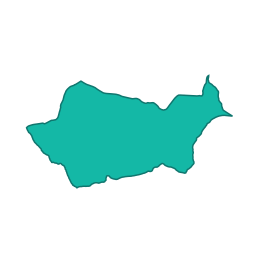 outline of Butula, Western, Kenya, rotated 194°
{"feature_id": "3690345B92166802171620", "entity_name": "Butula", "entity_type": "district", "adm_level": 2, "iso_a3": "KEN", "parent_name": "Kenya", "parent_adm1": "Western", "projection": "robinson", "projection_center": [34.286, 0.344], "detail": "fine", "context": "isolated", "style": "filled", "palette": "teal", "viewbox_px": 256, "rotation_deg": 194, "n_neighbors": 0, "source": "geoboundaries", "source_scale": "gbopen_adm2", "svg_char_len": 5762}
<svg xmlns="http://www.w3.org/2000/svg" viewBox="0 0 256 256"><g transform="rotate(194 128 128)"><path d="M167.6,59.1L167.0,59.0L166.4,58.9L165.9,58.5L165.3,58.5L164.4,58.3L163.7,58.0L163.1,57.6L162.5,58.1L162.1,58.6L161.4,59.1L159.9,59.7L159.0,59.9L157.7,60.5L156.7,60.8L154.5,61.3L153.9,61.5L153.3,61.7L151.8,62.1L151.0,62.6L150.4,63.2L150.2,63.8L149.9,64.4L147.5,66.4L146.8,66.8L146.0,67.1L145.2,67.3L144.3,67.4L143.3,67.4L142.7,67.6L141.9,68.1L141.1,68.7L140.4,69.1L139.8,69.3L139.1,69.4L138.3,69.7L137.6,70.3L137.4,71.1L136.8,71.8L136.9,72.7L137.2,73.5L137.2,74.5L137.1,75.4L137.1,76.1L136.6,76.6L136.0,76.8L135.4,76.9L134.6,76.8L133.8,76.2L133.1,75.6L132.2,75.4L131.2,75.2L129.4,75.1L128.5,75.2L127.7,75.2L126.9,75.3L126.0,75.7L125.4,76.1L124.9,76.6L124.3,77.1L123.5,77.7L122.7,78.3L122.0,78.7L121.3,79.1L120.4,79.4L119.2,80.0L118.5,80.3L117.6,80.6L116.6,81.0L115.3,81.4L113.7,81.9L112.9,82.2L111.7,82.8L110.8,83.1L108.6,84.2L107.1,84.9L106.2,85.3L103.4,86.9L102.4,87.6L101.0,88.3L99.6,89.4L98.5,90.5L97.9,91.0L97.2,91.1L96.3,91.1L95.5,91.3L94.9,91.7L94.3,92.3L94.1,92.9L93.9,94.4L93.6,95.2L93.2,95.7L92.6,96.3L91.6,96.8L90.7,97.0L90.0,97.3L89.6,97.8L89.0,98.4L88.5,99.4L87.9,100.2L87.1,101.1L86.4,101.8L85.7,101.9L85.0,101.8L84.4,101.6L83.8,101.2L82.9,100.7L82.2,100.6L80.6,100.3L79.8,100.2L78.9,100.2L78.1,100.3L77.2,100.5L76.1,100.5L75.2,100.3L74.2,100.2L73.2,100.0L72.5,99.8L72.0,99.6L71.4,99.1L70.8,98.7L69.3,98.3L68.7,97.9L68.1,97.7L66.5,97.7L65.5,97.8L64.4,97.9L63.4,97.9L62.1,97.9L61.1,98.4L60.9,99.5L60.6,100.2L60.5,101.2L60.3,102.0L59.6,102.7L59.1,103.1L58.6,103.8L57.6,105.1L57.2,105.8L56.9,106.6L56.6,107.4L56.1,108.2L55.7,109.0L55.5,109.7L55.7,110.5L56.0,111.3L56.7,112.1L57.2,113.1L57.6,113.9L57.8,114.5L57.9,115.4L58.7,117.6L58.7,118.4L58.7,119.8L59.0,120.6L59.6,121.5L59.7,122.7L60.1,123.6L60.5,124.3L60.7,125.5L60.8,126.6L60.7,127.5L60.5,128.2L59.7,130.3L59.4,131.2L58.9,132.1L58.7,133.1L58.9,134.0L59.0,134.7L58.7,135.4L58.2,136.0L57.7,136.5L57.2,137.1L56.2,138.8L55.7,139.7L55.5,140.7L55.6,141.7L55.4,142.6L54.9,144.2L54.5,145.1L54.2,145.9L53.4,147.5L53.0,148.7L52.5,149.7L52.4,150.4L52.2,151.3L51.6,152.0L51.0,152.5L50.3,153.2L50.0,153.8L49.7,154.7L49.3,155.8L48.7,156.5L48.2,157.1L47.7,157.6L47.1,158.1L45.5,159.6L43.7,160.9L42.8,161.5L41.2,162.3L39.6,163.0L37.6,163.6L34.9,164.0L29.5,164.8L35.3,166.7L39.3,168.1L40.1,168.5L41.2,170.0L41.5,170.6L42.4,171.9L43.0,173.9L43.4,174.4L44.1,174.8L44.8,175.3L45.5,175.9L46.6,176.8L46.8,177.6L47.0,178.3L47.4,179.0L47.8,179.7L48.1,180.4L48.3,181.2L48.5,182.1L48.7,183.8L48.9,184.7L49.3,185.5L50.0,185.9L50.7,186.4L51.4,187.2L52.2,187.9L52.9,188.4L53.5,188.8L54.2,189.0L54.8,189.2L55.9,189.7L57.1,190.5L57.6,190.7L58.3,190.9L59.1,191.1L60.5,191.7L60.9,192.5L61.4,193.5L62.0,194.3L62.1,196.4L62.2,197.5L62.4,198.4L63.1,197.7L63.6,196.5L63.6,195.0L63.5,193.9L63.1,191.5L63.1,190.3L63.3,189.7L63.7,189.0L64.0,188.1L64.1,186.8L64.3,185.8L64.3,184.8L64.3,183.6L64.4,182.6L64.4,181.9L64.0,180.9L63.7,180.2L63.5,178.5L64.1,177.0L64.9,176.8L65.8,176.7L66.5,176.7L67.6,176.2L69.1,175.7L69.8,175.6L74.4,174.7L81.1,173.4L85.1,172.6L85.9,172.4L86.9,172.1L88.0,171.0L88.5,170.3L89.3,169.0L89.8,168.2L90.2,167.3L91.8,163.6L93.2,160.4L93.6,159.4L94.4,157.3L95.2,155.7L95.8,155.1L96.8,154.6L97.6,154.1L98.2,154.0L99.7,154.0L100.8,154.2L101.5,154.4L102.2,154.6L103.0,155.1L104.2,156.3L104.9,156.7L106.1,157.4L108.2,158.3L109.1,158.6L109.9,158.6L110.9,158.3L112.0,157.9L112.8,157.6L114.1,157.4L114.8,157.4L115.3,157.1L116.0,156.6L116.7,156.3L117.4,156.2L118.6,156.3L119.8,156.5L120.7,156.7L121.5,157.0L122.6,157.6L123.2,158.0L123.8,158.3L126.0,158.7L126.9,158.7L128.1,158.4L129.7,157.8L130.5,157.5L131.1,157.4L134.9,157.3L141.4,157.2L142.0,157.3L143.0,157.5L144.0,157.7L145.1,157.8L147.0,157.8L147.7,157.8L148.5,157.7L150.6,157.4L154.2,156.8L155.9,156.5L157.8,156.2L159.6,156.1L160.4,156.1L161.6,156.4L163.9,157.1L165.6,157.6L167.8,158.4L169.7,159.2L172.3,159.7L173.5,159.8L176.4,160.1L177.9,160.2L178.5,160.3L179.6,160.5L181.4,161.0L183.1,161.5L184.2,161.9L185.0,162.1L187.6,159.4L188.3,158.7L189.0,158.0L189.5,157.5L190.2,157.1L190.9,156.3L191.7,155.7L192.3,155.4L192.8,155.0L193.6,154.5L194.2,153.9L194.6,153.4L195.0,152.8L196.1,151.1L196.7,149.8L197.1,148.8L197.3,147.2L197.5,146.0L197.7,145.0L197.8,143.9L197.8,143.1L197.8,140.0L197.8,139.3L198.0,138.4L198.2,137.4L198.5,136.0L198.8,135.0L198.8,134.2L198.8,133.4L198.7,132.7L198.3,131.9L198.3,130.3L198.3,128.2L198.4,127.4L198.4,125.7L198.4,124.2L198.5,121.6L198.9,120.3L199.4,119.5L199.8,118.9L200.6,118.3L201.6,117.9L202.5,117.4L203.6,117.1L204.4,116.7L207.5,113.9L209.2,112.4L210.0,111.9L211.1,112.0L211.8,112.1L212.4,111.9L215.4,110.6L220.1,108.7L221.2,108.2L223.4,106.9L224.8,106.0L225.5,105.3L226.1,104.5L226.5,103.7L226.1,103.1L225.0,101.6L224.0,100.6L223.4,99.8L222.6,99.4L221.7,99.1L220.9,98.4L220.1,97.7L219.3,96.9L218.9,96.1L218.3,95.4L217.8,94.5L217.3,93.9L216.8,93.3L216.2,92.8L215.6,92.0L215.0,91.5L213.3,90.5L211.9,89.5L211.0,89.2L210.4,88.9L210.0,88.5L209.2,88.0L208.4,87.4L207.6,87.0L207.0,86.3L206.6,85.4L206.0,84.9L205.4,84.8L204.8,84.2L204.4,83.7L203.7,83.3L202.9,83.2L202.3,82.9L201.5,82.7L200.6,82.3L199.8,82.4L199.1,82.2L198.3,81.9L197.6,81.1L197.3,80.2L196.9,79.7L196.4,79.1L196.1,78.5L195.7,78.0L195.0,77.4L194.2,76.8L193.7,76.2L193.0,76.3L192.1,76.7L190.9,76.4L190.2,76.4L189.5,76.5L188.8,76.6L188.0,76.4L187.1,76.1L186.3,76.3L185.9,76.8L185.4,77.2L184.7,77.3L184.1,77.2L183.5,76.7L182.6,76.2L181.7,76.1L180.9,75.8L180.2,74.9L179.4,74.3L179.1,73.3L178.7,72.7L177.9,72.1L177.6,71.2L176.9,70.5L176.4,69.5L175.8,68.7L175.5,68.1L175.1,67.5L174.4,66.8L173.8,66.1L173.4,65.4L172.9,64.7L172.2,64.0L171.4,63.0L170.8,62.3L169.8,61.1L169.3,60.6L168.8,60.2L168.0,59.9L167.6,59.1Z" fill="#14b8a6" stroke="#0f766e" stroke-width="1.5"/></g></svg>